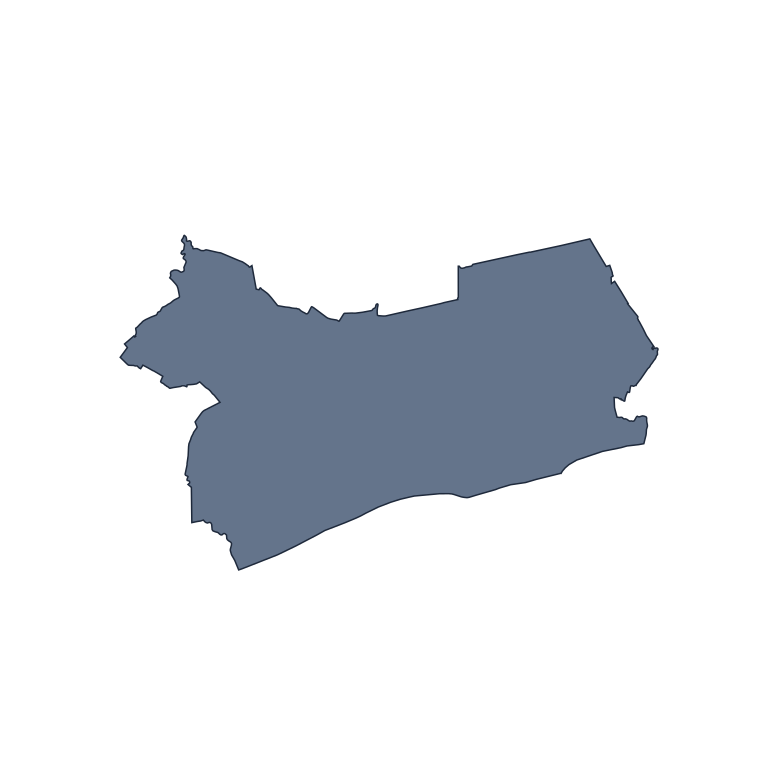 O Mon, Can Tho, Vietnam, rotated 124°
{"feature_id": "81297802B2084996388105", "entity_name": "O Mon", "entity_type": "district", "adm_level": 2, "iso_a3": "VNM", "parent_name": "Vietnam", "parent_adm1": "Can Tho", "projection": "mercator", "projection_center": [105.627, 10.124], "detail": "fine", "context": "isolated", "style": "filled", "palette": "slate", "viewbox_px": 768, "rotation_deg": 124, "n_neighbors": 0, "source": "geoboundaries", "source_scale": "gbopen_adm2", "svg_char_len": 6159}
<svg xmlns="http://www.w3.org/2000/svg" viewBox="0 0 768 768"><g transform="rotate(124 384 384)"><path d="M538.5,351.1L521.0,338.9L510.8,332.2L506.3,329.5L501.5,327.0L489.3,320.0L478.4,312.4L470.5,306.1L464.0,300.1L459.9,296.2L443.9,276.6L438.7,269.0L437.2,266.3L436.4,264.0L434.3,256.7L433.2,254.2L431.8,251.6L430.4,250.1L424.7,245.5L409.3,232.6L405.7,230.1L396.7,222.7L386.5,211.5L377.9,204.4L359.2,187.5L359.1,187.2L356.5,187.4L352.2,186.9L347.4,185.6L339.3,181.7L317.7,165.2L304.2,151.9L299.5,147.9L291.8,138.9L288.2,135.2L279.9,138.2L278.3,139.0L274.9,141.0L271.9,141.9L270.8,142.6L268.5,144.9L266.9,146.2L265.4,147.1L264.8,147.9L264.7,148.5L265.1,150.1L265.4,150.9L266.0,152.0L268.4,153.9L268.9,154.7L269.1,156.0L269.3,156.1L270.1,156.3L273.7,156.0L274.4,156.0L275.0,156.2L275.7,156.8L276.2,158.1L276.5,158.6L277.3,159.3L277.4,159.7L277.5,160.7L277.5,163.1L278.0,164.6L278.7,165.4L278.8,165.8L278.8,166.4L278.6,167.4L278.6,168.0L279.0,168.9L280.0,169.9L280.1,170.2L281.2,172.2L276.7,177.4L274.6,179.7L266.5,185.7L264.7,182.7L264.5,182.2L264.6,180.3L264.4,179.8L263.7,179.4L263.7,179.2L264.5,178.4L264.0,177.6L264.0,176.1L263.9,175.3L263.7,175.0L263.4,174.9L260.8,176.1L258.4,176.9L254.4,177.7L254.0,176.1L253.8,176.0L253.3,175.9L249.3,177.8L247.7,178.3L246.7,177.4L246.5,176.1L246.0,175.6L244.6,174.8L244.2,174.2L243.1,174.5L242.5,174.4L235.9,174.0L225.3,173.9L223.9,173.9L221.6,173.4L220.7,173.4L219.0,173.6L216.4,173.4L213.5,173.4L211.5,173.2L210.0,173.4L208.2,173.9L206.8,173.7L206.3,174.0L204.1,175.7L202.3,176.1L201.7,176.5L201.4,177.2L201.5,177.7L201.7,178.1L202.0,178.6L202.8,179.1L203.2,180.0L203.5,180.3L203.9,180.5L205.0,180.2L205.1,180.4L205.0,181.2L204.7,181.8L204.3,182.0L202.8,181.9L202.1,181.1L197.1,193.5L193.4,199.9L189.3,207.7L189.1,208.5L188.8,209.0L188.3,209.4L188.0,210.3L187.7,210.6L186.4,211.0L186.1,211.4L181.3,226.9L180.7,226.6L174.8,239.1L169.9,250.2L173.5,251.6L170.8,253.8L170.1,254.1L168.9,255.2L168.4,255.3L167.7,255.2L167.0,254.6L166.5,254.5L166.2,254.6L165.5,255.8L164.1,257.0L163.3,258.0L159.4,263.2L162.3,265.5L152.3,286.9L148.6,294.5L170.1,314.5L193.0,336.5L193.3,337.1L202.3,345.9L235.1,377.2L237.2,377.3L240.6,380.7L240.9,381.2L242.7,382.3L244.0,383.5L244.6,384.3L244.9,385.5L244.3,387.6L244.8,388.3L270.1,371.2L270.6,370.9L271.8,370.9L272.7,370.0L282.9,379.7L285.2,381.6L299.2,394.7L310.5,405.5L326.7,420.7L328.0,422.5L330.5,426.9L330.7,427.8L329.6,428.8L327.3,430.5L324.5,432.0L322.3,432.9L321.4,433.5L321.2,434.1L321.6,434.6L322.3,434.9L323.1,434.8L324.7,434.2L325.6,434.0L326.4,434.2L327.1,434.7L327.8,435.0L329.6,435.1L330.5,435.8L336.5,441.9L341.4,447.5L343.3,450.5L347.6,456.4L348.6,456.6L356.8,456.3L357.2,456.5L357.4,458.9L359.9,464.4L360.8,467.3L360.9,468.7L360.1,484.9L360.2,486.6L360.4,487.2L361.1,487.3L366.9,486.6L368.5,486.8L369.1,487.4L369.4,488.0L369.4,489.4L369.7,491.5L369.8,493.7L369.4,496.4L370.1,497.9L370.3,499.0L371.0,499.9L372.4,502.6L373.4,505.3L375.2,508.6L378.4,515.7L378.4,516.3L375.5,525.6L374.4,529.8L374.1,531.7L373.8,537.0L373.9,538.0L373.4,539.8L373.5,540.3L374.0,540.5L375.4,540.2L375.8,540.4L376.8,543.0L359.7,559.7L362.2,560.7L362.4,561.0L362.3,561.6L361.9,562.4L361.9,564.1L361.8,566.1L361.9,569.6L362.8,573.3L366.6,592.6L367.1,593.8L367.8,595.2L371.7,605.3L372.3,606.6L373.7,607.6L374.4,608.2L375.6,610.2L375.8,610.8L375.8,611.9L376.3,614.7L377.5,616.5L378.5,617.6L378.6,617.9L378.5,618.2L377.4,619.0L377.1,619.6L376.9,620.9L376.4,621.6L375.6,622.3L374.6,622.9L374.0,623.8L373.8,624.4L373.9,625.2L375.7,626.9L375.8,627.4L375.8,627.8L374.5,628.5L373.2,629.8L372.7,630.6L372.5,631.5L372.5,632.7L373.2,632.8L374.8,632.3L377.9,632.2L378.4,631.9L378.7,631.3L379.2,628.6L379.6,627.7L381.0,626.7L382.0,626.4L384.4,625.2L385.1,625.1L385.7,625.3L386.6,625.8L387.2,625.8L389.0,625.5L389.3,625.0L389.4,624.0L389.3,623.4L387.7,622.6L387.4,622.0L387.6,621.5L387.9,621.3L390.4,621.3L391.7,621.0L392.2,620.5L392.3,618.1L392.9,616.8L393.6,616.2L399.2,615.1L401.2,613.4L402.0,613.1L403.1,613.4L404.5,614.4L404.9,615.0L405.0,618.0L405.4,619.3L406.2,620.7L406.9,621.7L409.5,623.3L410.7,623.3L411.8,622.9L412.7,621.9L413.5,621.4L414.3,621.1L415.8,621.0L416.3,617.8L417.6,612.7L418.4,610.4L420.1,608.1L421.8,606.4L424.9,603.3L426.1,602.3L426.5,602.2L427.8,602.7L430.6,604.3L432.4,605.2L436.3,606.3L438.8,607.7L440.8,608.4L442.0,609.0L444.2,610.5L445.2,610.6L448.6,610.3L449.3,610.5L450.1,611.1L451.2,611.6L453.0,611.2L454.1,611.3L458.7,614.5L463.9,617.6L466.0,618.6L467.4,619.1L468.7,619.2L470.7,619.7L475.0,620.4L476.1,620.9L476.6,621.0L477.0,620.8L479.3,618.6L480.5,617.8L481.6,617.5L482.6,617.4L483.1,617.1L483.3,616.5L484.4,616.9L484.0,618.2L495.9,621.5L497.3,617.1L509.4,617.6L511.1,608.4L511.3,606.5L510.6,605.1L508.6,601.9L508.4,601.0L508.0,600.1L507.3,599.1L507.1,598.6L507.5,596.6L507.6,595.6L507.4,594.3L503.2,594.4L502.6,588.9L502.2,583.4L501.9,582.0L501.3,571.7L505.9,570.8L506.9,570.5L507.2,569.9L507.3,569.3L507.0,567.1L507.3,565.2L507.2,563.9L507.4,562.8L507.2,562.3L507.2,561.0L507.4,559.5L507.2,559.0L504.8,556.7L499.8,551.3L498.4,550.4L497.2,548.6L496.6,546.0L496.2,546.0L495.1,546.7L494.5,546.3L493.7,545.4L492.6,543.9L490.8,541.7L488.7,539.5L486.5,538.5L485.3,538.0L486.6,529.9L486.5,526.4L486.9,524.1L488.0,520.7L488.1,519.1L488.5,517.5L490.9,509.7L506.5,518.3L508.4,518.9L510.6,519.1L521.1,519.4L524.1,515.0L524.5,514.7L530.8,514.8L531.4,514.5L535.8,514.0L538.4,513.2L542.6,512.3L545.2,511.0L553.1,506.2L559.9,502.9L561.1,502.1L563.2,501.2L569.9,498.5L570.3,498.1L570.6,497.5L570.3,494.9L570.5,494.6L572.1,494.3L573.1,494.0L573.7,493.7L574.0,493.2L573.4,491.5L573.5,490.9L574.0,490.2L574.8,489.8L576.9,490.3L577.4,485.9L606.4,465.8L602.5,462.0L600.1,459.4L597.8,457.7L598.4,455.6L598.4,454.1L598.0,452.7L596.6,451.6L596.0,450.8L596.0,449.9L596.7,448.4L600.8,445.1L601.4,443.7L600.9,441.3L600.2,439.3L600.0,438.3L600.4,436.3L600.3,434.8L599.8,434.0L597.8,433.4L597.2,432.7L597.0,431.8L597.3,430.1L600.1,427.9L600.7,426.7L600.9,425.0L600.8,423.5L600.9,422.2L601.5,421.2L603.1,420.3L606.9,419.0L608.0,418.3L610.6,415.2L611.1,414.4L613.7,409.1L619.4,400.5L616.9,398.6L585.2,376.8L567.5,366.5L546.4,355.1L538.5,351.1Z" fill="#64748b" stroke="#1e293b" stroke-width="1.5"/></g></svg>